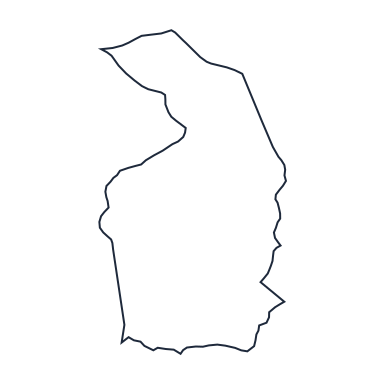 the district of Pires Ferreira, Ceará, Brazil, rotated 266°
{"feature_id": "56859067B7581149614600", "entity_name": "Pires Ferreira", "entity_type": "district", "adm_level": 2, "iso_a3": "BRA", "parent_name": "Brazil", "parent_adm1": "Ceará", "projection": "equal_earth", "projection_center": [-40.577, -4.258], "detail": "fine", "context": "isolated", "style": "outline", "palette": "slate", "viewbox_px": 384, "rotation_deg": 266, "n_neighbors": 0, "source": "geoboundaries", "source_scale": "gbopen_adm2", "svg_char_len": 1642}
<svg xmlns="http://www.w3.org/2000/svg" viewBox="0 0 384 384"><g transform="rotate(266 192 192)"><path d="M341.0,196.4L344.0,193.6L352.3,186.3L354.8,182.7L352.3,172.4L351.8,162.0L351.3,152.6L348.6,146.3L345.3,139.1L343.0,132.6L341.2,122.9L340.8,111.4L337.2,117.1L333.5,121.3L323.2,127.6L320.1,130.2L314.8,134.6L307.3,142.4L301.1,149.5L297.6,155.5L293.4,168.3L290.7,171.9L286.4,171.9L281.2,171.6L273.2,174.1L268.5,176.6L264.2,181.1L256.3,190.2L251.7,189.2L247.5,187.1L243.3,181.6L241.1,175.8L235.3,165.7L231.3,156.8L226.9,148.2L223.0,143.2L222.0,137.7L220.5,130.2L218.2,121.6L214.0,118.4L211.6,114.6L207.9,111.4L204.0,107.1L198.3,105.6L192.8,106.2L188.9,107.2L182.3,107.7L178.1,103.1L174.2,99.6L168.6,97.5L162.8,97.6L157.9,100.6L154.0,104.3L150.3,108.0L146.7,109.0L140.1,109.3L64.2,115.3L46.7,111.3L51.6,118.6L48.1,123.7L46.3,130.2L41.8,133.8L36.8,142.4L39.0,146.9L37.2,154.9L36.0,162.8L31.4,169.3L34.9,172.1L37.2,176.1L37.6,185.0L36.9,192.1L37.8,198.1L38.0,206.6L36.4,214.5L33.5,224.1L30.6,230.1L29.2,236.1L33.9,243.2L39.6,245.0L45.4,246.3L49.1,248.6L54.2,249.7L56.4,257.2L61.6,260.1L66.7,260.6L71.3,266.9L74.0,272.1L76.1,276.4L97.3,254.1L100.7,257.5L105.4,261.9L109.0,263.7L113.0,265.6L117.6,267.5L122.7,268.4L127.3,269.3L130.4,272.4L132.4,276.6L135.8,274.4L140.4,271.6L145.9,270.9L150.4,273.2L155.8,275.3L159.3,278.1L164.4,278.4L170.0,277.6L175.4,276.6L178.9,274.7L183.5,275.5L188.3,279.7L191.8,283.1L196.5,286.5L202.1,285.4L207.7,286.5L212.5,286.0L217.4,283.4L221.1,280.7L231.3,275.8L258.5,266.4L306.4,250.4L310.7,242.9L313.9,235.4L318.8,220.0L320.9,215.7L325.9,209.7L341.0,196.4Z" fill="none" stroke="#1e293b" stroke-width="2"/></g></svg>